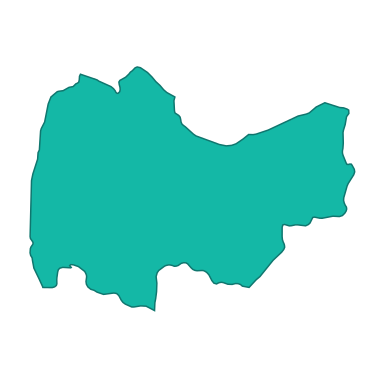 outline of Fukushima, rotated 184°
{"feature_id": "JPN-1864", "entity_name": "Fukushima", "entity_type": "Prefecture", "adm_level": 1, "iso_a3": "JPN", "parent_name": "Japan", "parent_adm1": "", "projection": "robinson", "projection_center": [140.15, 37.378], "detail": "fine", "context": "isolated", "style": "filled", "palette": "teal", "viewbox_px": 384, "rotation_deg": 184, "n_neighbors": 0, "source": "natural_earth", "source_scale": "10m", "svg_char_len": 2918}
<svg xmlns="http://www.w3.org/2000/svg" viewBox="0 0 384 384"><g transform="rotate(184 192 192)"><path d="M334.1,86.4L334.1,86.6L338.5,94.7L344.4,105.0L346.3,112.3L346.9,115.2L348.5,117.4L349.3,120.0L349.3,124.2L348.8,125.9L347.2,128.6L346.9,130.0L347.5,131.3L349.9,134.3L350.4,136.3L352.9,192.2L352.0,198.9L348.3,214.0L348.3,220.5L347.2,223.3L347.3,242.4L346.8,244.7L343.9,251.5L341.6,269.7L339.3,277.0L333.4,282.7L331.9,283.2L327.6,284.1L322.0,287.8L317.9,288.9L315.4,291.8L314.0,292.5L312.7,293.6L312.3,295.9L312.3,299.6L311.5,301.7L294.5,297.2L292.7,296.1L280.2,291.5L277.5,289.6L275.7,287.6L274.8,286.0L273.6,285.2L272.6,285.3L271.1,287.0L270.8,289.0L271.1,291.2L272.1,294.2L272.6,296.6L271.7,298.3L266.2,301.9L263.2,305.2L261.8,307.3L260.1,308.7L257.4,311.9L255.4,312.9L252.1,312.4L244.7,308.1L239.9,303.9L235.8,299.6L231.3,296.0L227.4,292.0L224.1,289.5L215.7,285.6L216.4,281.8L215.2,272.1L214.7,270.1L214.5,269.8L214.3,269.6L213.7,269.2L210.6,267.5L209.1,265.9L208.4,263.7L207.8,261.1L206.8,259.1L205.3,257.9L203.1,256.5L194.6,249.8L191.9,248.2L168.1,241.3L161.0,240.4L155.7,241.3L151.5,243.1L144.9,248.3L139.5,253.3L135.0,253.5L132.1,254.2L120.3,259.1L91.4,275.2L83.4,277.7L80.5,279.1L74.0,285.5L65.7,290.3L50.7,286.6L46.5,286.5L43.0,285.5L41.4,284.6L41.0,281.3L43.1,277.9L43.9,269.9L45.2,264.3L45.5,261.9L44.5,251.3L44.5,246.2L44.8,243.4L44.6,241.2L43.9,239.2L40.3,231.8L39.4,230.4L37.8,230.4L36.5,230.9L35.0,230.9L34.0,229.6L31.7,226.0L31.1,223.4L31.9,220.4L36.7,211.5L37.7,208.8L40.2,196.9L40.2,194.2L39.4,191.7L38.3,189.6L36.9,187.7L36.5,185.8L36.9,183.8L38.1,181.5L40.3,179.0L43.2,177.8L49.7,177.7L60.3,174.9L62.8,174.8L68.0,175.5L69.8,175.0L72.1,169.3L73.6,167.7L76.3,166.2L84.4,166.6L86.7,166.4L90.5,165.3L92.6,165.0L97.4,166.1L99.1,165.5L99.6,163.1L99.0,153.9L98.5,150.9L97.6,148.6L96.6,146.8L96.1,145.5L95.7,143.4L96.4,141.2L98.3,138.3L106.3,129.6L118.3,112.4L121.8,109.0L128.4,100.8L135.2,101.6L137.2,103.1L139.6,103.8L142.3,103.7L145.6,102.6L149.8,102.5L154.5,103.8L156.5,104.0L159.0,103.3L161.1,102.0L163.8,102.6L166.0,105.0L169.4,110.6L171.7,112.8L173.7,113.9L175.1,114.4L176.6,114.4L181.5,113.8L183.6,114.0L185.7,114.8L187.5,116.2L191.3,120.0L193.0,120.9L195.3,120.9L197.7,120.1L200.7,117.7L202.8,116.9L204.6,116.7L206.3,117.3L208.0,117.6L209.9,117.7L211.8,117.2L213.2,116.7L214.6,115.8L219.7,111.4L221.1,109.0L221.9,105.1L220.7,98.6L220.4,90.0L220.8,83.0L221.3,79.0L221.1,71.1L229.8,74.9L235.3,74.8L241.7,73.3L244.1,73.1L250.7,75.5L253.1,77.0L255.0,79.1L257.8,83.6L260.0,85.4L261.8,85.7L263.3,85.7L273.1,83.7L279.8,85.5L282.8,87.1L286.2,87.9L289.2,90.0L290.9,92.6L291.5,95.3L291.2,100.0L291.5,101.7L292.3,103.4L293.5,105.3L300.1,109.7L305.4,111.1L307.9,111.1L308.9,110.0L307.2,108.3L307.7,107.9L315.7,107.8L318.5,106.8L319.9,105.2L320.4,102.9L320.8,97.1L320.8,95.2L320.4,91.0L320.8,89.3L322.4,87.8L324.7,86.9L333.0,86.4L334.1,86.4Z" fill="#14b8a6" stroke="#0f766e" stroke-width="1.5"/></g></svg>